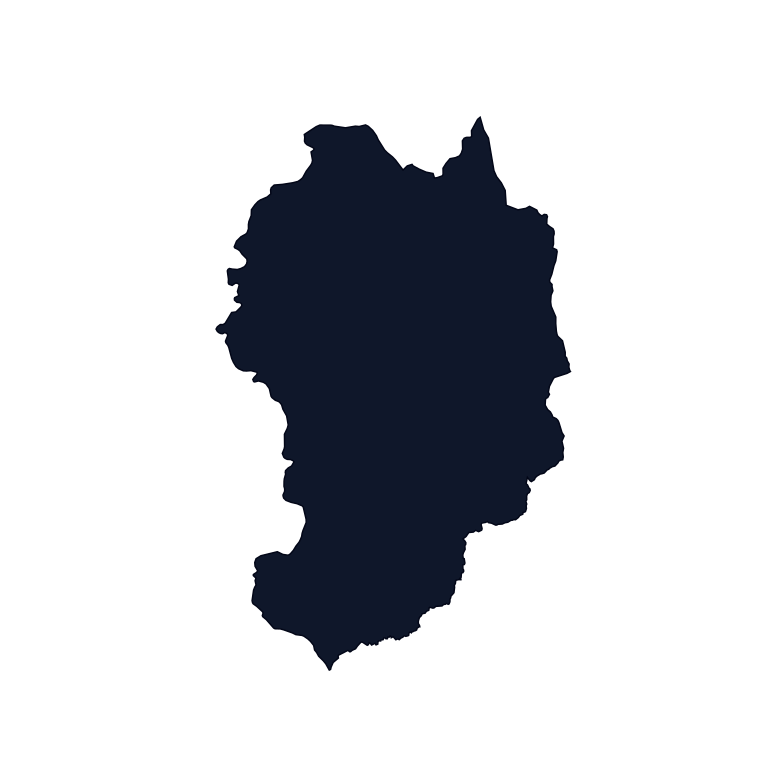 the district of Tarqui, Huila, Colombia, rotated 115°
{"feature_id": "7082276B81769369413646", "entity_name": "Tarqui", "entity_type": "district", "adm_level": 2, "iso_a3": "COL", "parent_name": "Colombia", "parent_adm1": "Huila", "projection": "albers", "projection_center": [-75.833, 2.127], "detail": "fine", "context": "isolated", "style": "filled", "palette": "ink", "viewbox_px": 768, "rotation_deg": 115, "n_neighbors": 0, "source": "geoboundaries", "source_scale": "gbopen_adm2", "svg_char_len": 6171}
<svg xmlns="http://www.w3.org/2000/svg" viewBox="0 0 768 768"><g transform="rotate(115 384 384)"><path d="M666.4,312.7L665.3,311.8L662.8,312.3L657.9,312.4L651.6,309.5L650.0,310.6L649.0,310.6L641.1,304.5L640.7,303.7L641.2,302.0L640.8,301.2L638.8,300.3L636.0,297.9L632.9,297.4L628.0,295.9L627.4,295.4L627.1,294.2L627.9,288.8L626.9,288.0L624.8,288.1L624.8,286.9L625.8,284.9L622.8,282.6L623.8,281.0L622.4,279.7L619.9,280.6L618.8,279.9L618.3,278.4L617.1,278.6L616.2,276.8L614.0,276.8L613.7,275.7L614.1,274.6L613.4,273.3L611.7,273.6L611.2,272.3L609.8,272.1L609.8,271.1L610.9,270.2L609.6,269.3L609.3,268.5L610.8,265.2L609.0,263.6L609.3,262.2L606.8,261.1L605.6,260.0L603.6,259.3L603.5,257.7L602.0,255.8L601.1,255.4L599.6,256.1L598.1,255.8L597.7,255.2L598.0,254.1L596.6,253.9L596.4,253.2L595.7,252.9L594.1,251.1L593.1,250.5L591.3,250.8L589.1,249.5L588.9,249.0L587.9,249.7L586.5,251.7L584.3,252.7L580.7,253.2L578.4,252.3L576.1,252.3L574.3,249.9L572.0,249.5L570.2,247.8L567.5,248.5L567.0,248.0L566.5,245.1L565.9,244.1L563.6,243.0L560.6,237.6L558.6,236.8L557.7,235.3L556.6,234.9L556.5,232.7L555.9,232.1L553.6,232.2L551.2,233.2L549.6,233.2L548.2,233.7L543.6,232.4L538.4,234.1L536.9,235.1L534.6,235.0L532.2,235.8L531.4,235.8L529.7,233.6L528.9,231.6L528.3,231.8L528.0,233.1L526.7,232.4L522.9,233.8L522.0,233.4L521.7,232.8L520.2,232.6L519.0,233.2L518.1,234.4L514.7,236.1L513.6,234.9L512.1,235.0L508.4,237.5L508.5,238.4L507.7,239.1L505.7,240.3L503.5,240.7L499.6,240.6L496.2,242.5L495.1,242.1L493.3,242.7L492.2,244.2L491.0,247.0L487.6,245.2L482.8,244.4L480.4,240.4L477.9,239.1L477.8,235.8L475.4,233.9L474.8,233.7L473.4,234.1L470.4,236.6L469.0,236.6L468.5,236.3L466.4,233.3L464.9,232.3L465.5,230.7L464.7,227.7L464.7,223.2L464.1,222.1L463.0,221.4L460.9,217.6L458.7,215.8L456.9,213.3L454.0,211.4L453.0,209.8L452.1,209.2L451.4,207.4L448.2,205.8L445.8,205.4L443.4,203.2L441.6,203.7L440.4,202.2L439.6,201.9L436.6,202.3L434.3,203.7L432.5,203.9L430.3,205.9L428.7,205.7L425.2,207.4L422.7,207.6L421.0,206.5L418.7,206.5L417.4,207.4L417.1,208.6L414.8,211.3L414.4,212.7L413.9,213.2L408.0,214.6L410.0,210.7L410.2,209.2L407.2,207.3L404.9,207.3L402.5,206.3L399.0,203.9L398.9,203.3L397.0,201.2L392.8,199.8L391.6,198.6L390.6,198.4L387.8,196.5L386.1,194.4L381.8,193.0L380.3,193.1L378.4,191.8L377.2,190.0L374.4,190.7L370.5,193.0L366.4,194.1L360.6,198.6L355.0,198.8L352.8,202.2L344.9,209.3L343.5,211.0L342.6,213.3L342.6,217.2L341.1,218.5L339.0,221.4L338.0,224.9L335.1,229.0L329.8,231.1L328.4,231.0L327.1,229.9L323.4,229.7L322.0,231.6L316.2,233.1L308.0,232.8L306.1,232.4L297.0,222.6L293.9,220.3L293.2,221.4L290.6,223.6L287.6,224.7L285.5,227.7L283.3,229.3L282.3,231.5L278.6,233.2L269.4,240.5L267.3,246.7L265.9,248.2L263.3,250.1L256.6,253.9L250.7,256.6L242.9,265.3L239.1,267.7L232.9,270.1L228.2,270.3L224.7,272.9L222.7,273.8L221.7,276.6L219.8,277.9L213.6,278.3L204.9,280.0L199.8,280.4L190.9,283.0L189.4,284.3L189.4,288.8L185.5,289.5L178.7,292.8L176.1,293.2L173.6,294.5L171.9,296.4L171.3,300.5L170.3,304.1L165.3,306.2L163.2,306.6L161.9,308.2L162.6,310.5L165.0,311.9L164.6,314.5L163.7,316.8L161.8,319.0L161.5,327.2L164.8,329.6L169.5,336.2L170.4,348.8L157.3,356.0L152.1,362.7L148.5,369.6L144.2,374.5L117.0,393.3L111.6,401.0L101.6,409.6L104.6,411.0L117.4,411.8L122.5,409.2L123.9,409.9L125.7,413.6L127.4,415.2L130.5,415.7L137.9,412.0L142.1,411.5L145.4,412.0L148.7,414.9L151.9,419.4L157.9,421.0L163.5,421.7L169.1,419.0L170.8,419.2L174.5,423.0L176.0,425.3L172.5,428.5L174.2,435.4L174.4,443.2L174.0,449.8L173.1,451.4L176.5,455.1L182.0,457.2L176.2,468.2L174.6,472.3L173.0,478.8L171.7,482.3L165.1,492.5L162.2,495.8L158.9,501.5L157.1,507.2L157.0,510.2L161.1,515.3L162.4,518.9L168.1,527.2L171.3,537.9L171.5,540.4L172.1,542.1L176.5,551.6L179.4,554.2L191.5,561.7L193.9,560.1L197.5,558.7L198.9,557.2L199.7,554.8L199.8,548.5L200.2,547.1L201.0,546.6L202.0,546.8L204.5,548.2L211.5,543.3L214.3,542.7L216.8,542.9L223.9,544.4L231.5,544.9L234.1,546.0L236.8,547.6L240.3,551.9L246.0,560.4L250.1,567.6L253.8,569.1L256.0,568.8L259.5,566.9L263.9,568.9L269.4,573.8L271.9,575.3L276.1,576.7L282.1,577.8L287.5,575.5L293.8,575.1L296.7,574.3L300.7,572.4L304.7,572.0L306.7,572.7L310.8,575.8L316.8,578.0L323.0,577.7L323.7,576.7L323.7,573.6L324.2,571.0L326.3,567.5L328.6,561.2L330.6,559.9L333.3,559.3L336.6,560.0L339.9,562.6L342.2,565.3L344.0,570.1L344.7,573.0L346.1,573.8L347.7,573.8L354.7,569.3L358.1,567.9L359.1,566.7L358.8,563.3L355.4,561.3L354.8,560.0L354.7,558.0L355.7,557.0L362.2,555.9L365.2,552.9L368.8,555.8L369.9,555.7L371.2,554.9L372.1,551.9L371.2,549.2L371.3,547.3L373.0,546.0L374.9,546.3L381.2,548.6L383.6,552.3L396.0,553.6L398.1,554.9L399.3,557.5L402.6,559.2L405.2,559.4L406.8,557.2L407.3,555.0L407.2,553.1L406.6,551.5L404.7,550.1L404.6,548.0L405.1,547.0L405.6,546.4L406.8,546.1L411.9,545.8L412.6,545.5L413.5,544.6L414.9,541.9L416.6,540.0L425.1,532.9L428.0,529.6L430.7,525.5L431.6,522.3L431.5,517.1L430.3,514.1L428.1,510.2L427.0,504.1L427.5,503.5L429.6,503.3L433.0,504.5L435.3,504.8L436.9,503.2L436.8,502.1L434.3,499.1L433.4,494.1L433.8,490.9L436.6,486.0L442.9,481.1L443.7,479.7L444.7,475.6L444.4,472.2L444.7,470.8L446.0,468.1L449.6,464.9L454.0,458.8L461.6,453.5L465.1,452.9L471.6,453.0L482.8,447.6L484.8,447.1L489.9,446.8L492.7,443.8L493.2,442.2L493.2,439.9L491.9,436.6L492.0,433.7L492.7,432.7L497.4,433.1L500.5,435.3L504.1,436.6L505.9,436.1L507.2,435.1L512.0,434.3L514.3,433.5L519.0,431.4L521.0,429.7L523.3,428.7L527.3,428.6L528.2,428.1L529.8,426.7L530.9,423.7L530.5,418.2L529.2,412.1L529.0,406.6L529.5,405.4L530.4,404.6L539.4,397.5L542.3,396.0L551.0,395.5L553.9,395.1L556.9,394.2L560.3,394.0L563.2,394.1L568.2,395.3L573.0,395.8L577.5,397.1L579.1,398.0L579.8,398.9L581.2,403.6L581.1,409.8L591.7,423.0L596.4,426.1L600.4,425.7L603.7,423.8L606.6,419.6L608.5,419.8L611.7,421.8L612.3,421.8L612.9,421.4L614.0,418.0L616.7,417.7L620.3,415.0L622.8,415.3L625.9,415.1L636.1,412.0L637.8,410.7L638.5,409.6L639.3,405.3L641.7,397.9L642.6,396.8L645.3,396.4L646.1,395.6L647.3,391.0L651.8,380.9L651.9,379.4L649.8,374.6L649.2,371.1L648.3,361.9L648.4,358.0L646.5,352.1L646.4,350.0L647.2,345.3L648.3,341.9L650.6,337.3L654.4,334.5L655.8,331.6L658.3,328.2L660.5,322.0L662.2,318.5L666.4,312.7Z" fill="#0f172a" stroke="#020617" stroke-width="1.5"/></g></svg>